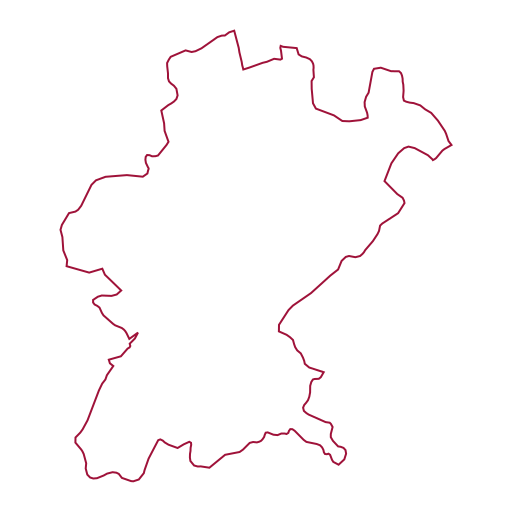 SVG path tracing the border of Santarém
{"feature_id": "PRT-748", "entity_name": "Santarém", "entity_type": "District", "adm_level": 1, "iso_a3": "PRT", "parent_name": "Portugal", "parent_adm1": "", "projection": "natural_earth1", "projection_center": [-8.43, 39.286], "detail": "fine", "context": "isolated", "style": "outline", "palette": "rose", "viewbox_px": 512, "rotation_deg": 0, "n_neighbors": 0, "source": "natural_earth", "source_scale": "10m", "svg_char_len": 3869}
<svg xmlns="http://www.w3.org/2000/svg" viewBox="0 0 512 512"><path d="M129.7,343.7L134.9,338.5L138.0,332.6L129.3,338.9L126.6,333.3L125.3,331.2L123.9,329.6L121.8,328.0L115.1,325.3L113.0,323.8L103.5,315.4L101.9,312.9L99.5,307.6L97.3,305.9L94.6,304.5L93.1,302.5L93.1,299.9L97.9,296.7L101.8,295.5L111.5,295.9L116.7,294.5L121.2,290.5L104.9,274.7L102.3,268.7L89.2,272.6L66.6,266.2L67.2,260.1L63.3,250.4L62.4,237.1L60.5,229.8L61.9,224.9L69.0,213.1L75.4,211.6L78.1,209.8L81.2,205.8L91.5,184.8L96.0,180.3L105.5,176.8L126.9,175.1L142.8,176.7L147.4,173.5L148.1,170.4L148.6,169.0L148.6,168.3L148.0,167.3L145.9,162.9L145.4,159.7L145.7,156.9L147.1,155.0L149.6,155.2L152.1,156.3L155.4,156.2L158.0,155.5L166.5,145.0L168.5,141.8L164.6,130.9L164.1,123.3L161.3,110.5L168.3,105.1L171.3,103.4L174.0,101.5L176.4,99.0L177.6,95.4L176.4,88.8L173.9,85.7L171.1,83.6L169.0,81.4L168.0,78.2L168.0,73.4L167.2,66.2L167.1,63.0L168.9,59.5L170.7,56.8L185.6,50.4L191.6,52.0L195.5,51.2L201.5,48.3L217.4,37.1L221.8,35.6L224.9,35.5L229.2,32.3L234.2,30.7L238.7,47.8L239.4,52.3L241.7,61.9L242.2,65.2L242.9,67.7L243.3,69.5L249.3,67.6L262.7,62.8L266.9,61.8L274.1,58.8L280.4,59.6L282.0,58.7L281.0,50.7L280.3,47.9L280.7,45.9L283.1,46.8L296.7,48.1L298.6,54.4L301.8,56.4L306.2,57.5L309.9,59.2L311.9,61.3L313.1,63.7L313.5,65.5L313.6,67.8L313.4,69.7L313.9,77.3L311.6,81.0L311.7,88.8L313.0,103.3L315.9,108.6L334.0,115.4L342.3,121.0L349.3,121.3L360.7,120.1L367.7,117.7L367.6,115.4L367.1,112.8L364.8,106.5L364.6,102.1L366.1,96.8L368.6,92.7L372.4,71.9L374.0,68.8L380.8,67.7L391.1,71.2L399.1,71.3L401.0,73.1L402.0,75.6L402.6,78.6L402.7,81.7L403.3,84.7L403.6,90.8L403.1,97.1L403.9,100.6L406.2,101.7L409.7,102.6L413.7,103.1L420.3,105.4L425.1,109.3L431.2,112.9L437.9,120.6L444.8,130.9L446.1,133.8L448.5,141.0L451.5,145.0L444.5,149.0L442.4,150.6L436.1,158.1L434.6,159.2L432.9,160.1L432.4,159.3L427.9,155.2L414.7,148.1L408.5,146.6L404.2,148.1L398.2,153.3L391.4,163.3L384.5,181.1L397.3,194.1L402.6,197.8L404.0,200.6L404.5,203.1L398.1,213.2L382.3,223.5L380.1,225.6L379.0,231.0L377.5,234.1L372.9,241.1L365.2,250.1L363.9,252.3L362.4,254.0L360.1,256.0L355.4,257.2L349.0,256.0L345.8,256.9L341.6,260.9L338.1,269.5L330.3,275.6L311.0,293.1L292.9,305.6L288.5,310.1L279.0,324.8L278.9,331.4L286.6,334.8L290.0,337.2L293.0,340.0L294.1,344.1L295.2,347.2L297.2,350.4L300.8,353.4L303.0,357.7L304.2,360.9L304.8,363.8L309.2,367.5L323.7,372.2L320.8,377.2L318.8,378.8L314.5,379.0L312.9,379.5L311.3,382.0L310.2,385.8L310.1,392.4L309.3,396.7L308.0,400.2L306.1,402.8L304.2,405.0L303.1,407.7L303.9,410.9L306.4,413.1L308.7,414.6L325.6,422.1L329.7,422.7L330.9,423.9L332.6,427.0L330.8,434.0L330.8,437.2L332.9,440.8L338.1,446.4L340.7,446.8L343.5,447.9L345.5,450.1L346.1,453.7L344.3,459.4L338.6,464.7L333.3,461.9L332.0,459.8L330.1,454.8L328.5,453.7L326.9,454.2L325.0,454.0L323.9,452.3L323.4,449.9L322.1,447.4L320.1,445.3L316.7,444.0L306.4,441.9L303.6,439.8L294.7,430.8L292.4,429.2L290.3,429.1L288.9,431.0L288.3,432.9L286.5,434.0L284.6,433.5L281.4,433.5L277.6,435.1L273.4,434.7L267.7,432.4L265.7,432.7L264.8,434.7L264.1,437.0L262.6,439.2L261.1,440.8L259.3,441.7L256.9,442.4L253.1,442.0L249.7,442.9L243.0,449.6L239.6,452.0L225.1,454.8L209.4,467.7L200.8,466.4L197.8,466.5L194.1,465.5L190.4,461.0L189.9,457.5L190.0,453.9L190.5,450.9L190.6,447.8L191.2,444.8L191.0,442.8L189.3,441.8L183.8,444.3L177.6,448.0L168.5,444.7L164.7,442.4L162.8,440.6L160.3,439.4L158.2,440.2L148.6,458.6L144.6,470.0L143.8,473.2L138.8,479.5L133.3,481.3L131.1,481.1L121.9,477.9L118.8,473.9L116.4,472.7L112.6,472.2L107.1,473.6L103.7,475.5L97.0,478.2L93.3,478.5L90.1,477.5L87.3,474.6L85.7,468.5L86.2,463.3L83.7,454.0L82.4,451.3L81.2,449.5L75.4,442.6L75.5,437.5L80.3,432.6L82.6,429.4L87.5,420.4L98.9,390.5L102.2,383.6L105.4,379.5L106.9,375.2L113.3,366.0L109.9,363.3L108.8,359.7L120.9,356.3L127.6,348.6L129.6,347.4L130.3,346.0L129.7,343.7Z" fill="none" stroke="#9f1239" stroke-width="2"/></svg>